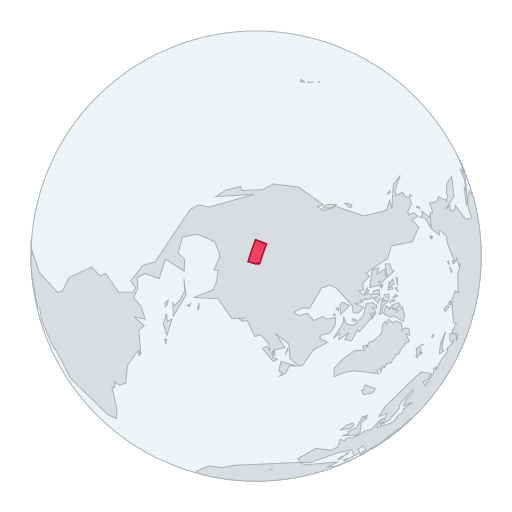 the Earth from above Kansas, rotated 108°
{"feature_id": "USA-3530", "entity_name": "Kansas", "entity_type": "State", "adm_level": 1, "iso_a3": "USA", "parent_name": "United States of America", "parent_adm1": "", "projection": "orthographic", "projection_center": [-97.125, 38.5], "detail": "fine", "context": "on_globe", "style": "filled", "palette": "rose", "viewbox_px": 512, "rotation_deg": 108, "n_neighbors": 0, "source": "natural_earth", "source_scale": "10m", "svg_char_len": 11135}
<svg xmlns="http://www.w3.org/2000/svg" viewBox="0 0 512 512"><g transform="rotate(108 256 256)"><circle cx="256" cy="256" r="225" fill="#eef3f6" stroke="#a8b0b8"/><path d="M310.0,474.7L310.6,474.6L316.1,473.0L312.6,473.8L324.8,469.2L319.6,471.0L327.7,465.0L338.4,457.2L352.1,433.2L349.1,429.3L334.5,427.2L317.3,409.0L323.1,397.9L318.8,393.9L332.9,375.7L328.4,361.7L323.2,360.7L318.5,367.4L300.1,361.0L292.7,350.0L232.2,333.0L225.2,326.3L223.9,315.5L197.9,276.7L211.9,312.5L202.8,305.2L194.6,292.1L198.0,289.5L190.9,270.2L182.1,261.7L177.3,237.0L186.5,207.5L190.1,213.1L191.9,205.8L187.5,198.7L184.2,195.8L184.5,165.5L172.0,145.8L161.9,146.3L169.0,141.5L145.5,147.5L134.7,143.7L150.8,144.1L155.4,141.3L150.0,136.4L153.6,132.5L153.0,128.2L157.8,124.2L166.8,125.4L170.0,123.0L166.0,119.8L168.3,114.2L173.6,119.2L178.1,110.1L194.0,111.7L204.5,130.5L217.2,130.0L238.3,146.1L240.3,141.9L249.5,146.1L255.2,143.1L257.5,147.5L260.1,141.4L256.9,138.0L256.9,134.3L260.0,132.4L263.5,137.4L262.4,139.1L265.0,139.7L265.5,143.1L267.0,140.3L270.8,147.0L271.6,137.7L278.5,140.8L279.8,146.1L273.6,148.9L261.5,170.1L260.9,177.2L266.3,183.9L289.0,188.8L290.9,195.7L297.8,202.5L299.5,196.8L294.7,189.6L299.7,181.3L293.2,174.0L294.3,169.8L290.1,161.5L297.2,159.3L306.4,161.9L310.2,168.9L314.4,170.5L316.0,161.3L328.2,172.7L345.0,177.6L347.5,181.3L342.9,192.0L329.6,197.6L323.6,213.7L334.1,200.1L340.1,210.3L343.8,210.9L347.3,208.8L347.6,203.8L351.0,206.9L342.0,221.0L338.7,218.3L341.6,213.7L335.4,216.7L329.4,227.2L332.9,232.1L320.0,244.5L322.3,248.3L320.8,253.5L318.0,246.4L322.9,259.7L308.3,279.2L314.7,302.4L301.3,286.2L292.2,285.6L281.5,287.6L282.4,291.5L267.2,290.2L255.1,299.4L253.3,318.3L260.6,331.8L277.2,331.0L281.1,322.8L292.6,319.7L286.9,341.2L307.5,341.0L306.9,356.0L313.3,362.3L323.0,358.4L333.2,359.6L339.6,349.5L350.3,341.8L351.5,353.3L356.6,340.8L363.1,344.4L383.7,335.8L382.4,339.1L400.0,344.5L417.1,340.6L421.1,346.0L419.2,352.0L424.7,349.6L424.8,352.6L445.0,340.8L453.8,338.6L452.5,348.6L443.0,367.3L429.6,394.3L411.3,412.9L403.4,422.5L383.5,439.8L372.9,445.2L372.6,447.3L364.0,452.6L356.1,456.3L352.0,459.0L346.0,461.5L348.0,461.2L334.5,467.1L334.0,467.3L310.0,474.7ZM74.2,268.0L75.4,263.2L76.5,267.8L74.2,268.0ZM74.8,259.3L74.7,261.1L74.5,259.3L74.8,259.3ZM73.9,257.3L74.6,258.7L73.6,257.6L73.9,257.3ZM72.4,255.3L73.3,256.2L73.1,256.3L72.4,255.3ZM314.9,310.5L338.4,316.0L326.3,320.6L328.3,318.0L322.1,314.8L311.0,313.0L300.0,317.5L314.9,310.5ZM70.8,250.7L70.5,249.4L71.4,249.8L70.8,250.7ZM322.6,295.5L318.6,295.5L322.4,294.5L322.6,295.5ZM182.1,195.3L187.0,199.0L189.7,207.2L185.2,204.4L182.1,195.3ZM177.7,180.5L181.0,180.8L178.6,188.0L177.5,185.5L177.7,180.5ZM153.8,147.8L157.1,150.2L152.6,149.3L153.8,147.8ZM152.1,128.3L150.0,128.9L150.6,126.4L152.1,128.3ZM286.5,163.3L288.3,162.4L288.1,164.4L286.5,163.3ZM283.0,160.7L281.6,163.6L279.7,162.8L280.6,161.0L283.0,160.7ZM158.4,118.2L160.0,114.3L160.0,118.4L158.4,118.2ZM285.2,157.3L276.5,161.1L273.3,159.7L274.0,151.8L285.2,157.3ZM162.0,112.1L165.8,103.1L161.5,103.6L175.8,97.7L167.8,107.0L168.4,111.9L165.4,110.3L162.0,112.1ZM254.5,137.8L258.1,141.3L252.3,140.3L254.5,137.8ZM250.8,138.1L233.0,141.2L229.3,135.5L236.0,135.4L229.0,129.8L235.9,125.4L241.4,127.5L242.4,132.0L244.3,127.0L250.8,138.1ZM183.1,96.1L185.3,94.3L184.7,96.5L183.1,96.1ZM256.5,132.8L253.2,133.7L249.8,128.8L255.7,125.9L254.9,128.4L256.5,132.8ZM223.7,130.7L222.2,126.7L227.4,122.0L227.6,119.9L235.8,124.8L223.7,130.7ZM257.3,128.6L258.8,124.7L263.2,125.4L259.5,131.5L257.3,128.6ZM246.4,128.7L245.1,126.3L247.7,126.7L246.4,128.7ZM279.7,126.2L275.9,127.2L273.7,124.6L279.7,126.2ZM259.1,123.2L257.6,123.0L256.3,122.2L258.2,119.9L259.1,123.2ZM238.9,121.3L241.4,120.3L235.8,119.0L239.5,115.7L244.3,119.7L243.8,116.6L244.9,115.6L247.6,120.1L238.9,121.3ZM256.3,115.3L263.7,119.7L271.3,118.4L273.4,120.6L260.8,122.4L256.3,115.3ZM251.0,117.7L254.8,116.6L255.4,119.7L253.3,122.3L251.0,117.7ZM240.2,112.1L233.3,116.1L232.5,115.2L240.2,112.1ZM258.4,114.2L256.6,113.2L258.9,113.8L258.4,114.2ZM245.7,112.0L243.4,113.5L242.5,112.3L245.7,112.0ZM254.9,110.1L257.2,111.4L255.8,113.2L254.9,110.1ZM250.5,110.4L249.9,108.5L253.9,113.0L249.6,111.3L250.5,110.4ZM245.2,110.7L244.0,110.5L246.3,110.2L245.2,110.7ZM258.8,103.0L264.2,108.2L261.1,111.9L256.3,106.3L258.8,103.0ZM401.4,84.0L404.5,86.6L401.4,84.5L383.0,70.1L374.0,64.1L388.1,73.5L401.4,84.0ZM366.4,59.6L370.5,62.5L361.7,57.8L371.6,63.6L371.4,63.0L377.5,66.9L378.1,67.8L375.0,65.9L378.2,68.8L392.2,77.8L393.6,78.1L405.3,89.0L408.6,90.8L413.6,95.6L409.8,94.3L406.3,91.7L403.5,95.8L408.3,99.3L411.2,96.0L412.6,98.2L419.2,103.9L415.3,101.4L410.8,105.1L417.9,117.4L436.0,140.9L438.3,149.0L436.1,153.7L420.6,139.8L417.2,123.4L411.6,119.1L404.6,119.5L404.2,114.8L400.9,113.2L398.9,107.5L388.4,97.8L385.2,92.3L373.8,87.4L370.6,84.2L378.3,87.8L381.9,87.8L373.0,75.8L369.1,73.2L362.4,71.2L360.8,68.5L355.5,68.2L346.8,61.9L352.9,69.5L345.2,68.3L335.9,64.3L334.5,65.5L349.5,72.2L354.5,73.7L357.1,72.6L371.6,79.1L376.3,83.6L365.2,82.7L370.5,89.4L359.5,86.5L325.7,69.1L315.3,63.0L313.6,53.1L320.2,54.2L324.1,58.2L327.3,54.7L323.8,54.9L322.4,52.9L314.7,52.0L313.4,50.6L308.3,52.3L305.8,50.5L309.1,49.5L295.6,47.4L288.5,44.4L286.1,44.7L285.5,45.8L276.9,41.7L275.4,42.2L277.7,43.6L276.4,45.5L270.7,47.5L268.0,46.0L269.7,45.0L269.3,41.1L274.2,39.4L272.5,39.0L267.6,40.2L268.2,44.9L265.5,46.6L264.3,44.1L264.5,45.1L262.3,45.5L257.7,44.7L258.6,47.4L238.4,55.9L227.4,55.7L228.6,52.2L211.6,58.4L200.6,58.9L202.7,60.0L196.0,64.6L199.4,64.4L199.9,65.4L184.3,78.4L178.6,80.7L174.3,88.8L175.4,89.6L179.4,88.2L175.8,97.7L161.5,103.6L159.7,101.5L151.9,107.1L149.0,101.8L143.1,100.4L144.4,92.1L139.6,92.2L137.1,94.5L128.6,96.8L119.8,94.5L137.9,86.1L153.3,90.1L148.0,87.3L152.4,85.1L152.5,82.5L148.5,81.1L146.0,82.6L156.3,68.0L153.1,62.5L145.4,68.4L138.4,71.8L128.0,73.4L132.9,67.3L146.9,58.9L161.5,51.5L176.6,45.2L192.1,40.0L208.0,35.9L224.1,33.0L240.4,31.3L256.7,30.7L273.1,31.4L289.4,33.2L305.4,36.2L321.3,40.4L336.7,45.7L351.8,52.1L366.4,59.6ZM479.7,229.5L480.6,244.7L479.0,246.1L470.2,235.9L467.5,222.1L462.0,212.5L438.8,150.6L439.5,144.5L427.6,117.1L427.1,115.1L434.6,123.0L430.6,113.6L422.1,103.9L420.1,101.6L430.6,113.6L440.2,126.3L448.9,139.7L456.7,153.6L463.4,168.0L469.1,182.9L473.7,198.2L477.3,213.7L479.7,229.5ZM453.3,174.3L455.5,177.5L453.3,174.3ZM336.0,45.4L336.6,45.6L338.5,46.4L336.0,45.4ZM384.3,335.3L387.0,336.5L383.8,338.0L384.3,335.3ZM325.2,326.0L329.9,325.2L332.6,326.5L329.1,328.0L325.2,326.0ZM362.9,315.1L367.9,314.4L363.0,317.3L362.9,315.1ZM341.9,316.5L358.9,316.2L349.2,323.1L338.4,323.3L345.5,320.2L341.9,316.5ZM321.7,303.5L324.8,303.7L324.3,306.3L321.7,303.5ZM325.3,294.8L324.2,295.3L322.4,293.7L325.3,294.8ZM340.6,209.5L341.4,208.5L345.3,207.3L344.1,209.8L340.6,209.5ZM358.4,191.5L363.5,197.0L359.1,194.6L358.5,198.8L348.4,199.6L348.2,183.2L350.1,190.3L358.4,191.5ZM334.8,196.7L341.3,197.6L334.2,197.3L334.8,196.7ZM384.8,112.0L386.6,110.3L391.1,113.3L395.1,121.7L388.7,117.3L384.8,112.0ZM388.1,107.4L376.0,105.0L373.0,100.2L376.7,103.2L375.9,100.3L381.8,104.4L390.8,102.7L395.3,105.3L400.3,118.5L396.2,112.5L394.6,114.3L388.1,107.4ZM350.2,112.3L344.9,112.6L345.2,101.6L350.1,102.7L354.5,110.7L351.2,114.2L350.2,112.3ZM288.2,143.1L286.2,144.8L285.2,143.3L286.2,140.6L288.2,143.1ZM278.1,126.9L296.2,134.3L294.8,136.5L307.1,138.9L308.1,145.8L300.1,143.9L310.1,151.4L303.3,152.5L310.5,157.0L292.5,152.1L286.8,153.9L292.8,149.2L292.0,142.7L290.0,140.4L279.8,135.4L267.1,136.4L264.3,130.6L265.7,126.2L268.3,125.0L269.3,129.1L272.1,124.7L275.6,129.7L278.1,126.9ZM283.7,85.3L283.8,89.3L290.0,83.6L293.5,87.6L294.0,86.7L298.9,89.0L305.7,90.4L306.4,92.6L308.8,92.3L312.1,94.0L315.6,94.3L318.1,98.5L322.5,99.4L321.2,100.9L328.2,101.4L324.1,103.0L328.0,105.7L329.9,102.7L334.8,127.1L340.0,136.9L346.6,144.5L338.6,146.9L327.4,141.7L315.7,133.1L311.9,123.7L309.0,126.8L306.3,123.3L309.7,122.3L302.8,121.8L301.5,118.8L291.1,112.7L282.0,114.5L278.0,112.6L280.9,110.4L274.9,110.1L277.6,104.7L274.8,103.3L274.7,96.9L282.0,93.9L278.3,92.6L278.0,88.1L283.7,85.3ZM259.1,101.1L266.9,96.0L272.7,95.8L270.4,107.1L272.6,109.1L271.3,116.9L263.0,117.1L264.1,114.8L263.3,112.7L266.2,113.4L263.2,111.2L264.7,108.1L262.8,105.6L265.8,104.5L259.1,101.1ZM422.8,110.0L421.8,108.0L419.3,104.5L423.4,108.3L422.8,110.0ZM420.1,112.5L418.6,110.2L423.2,113.2L424.3,115.5L420.1,112.5ZM413.9,106.6L418.2,109.8L416.5,109.4L413.9,106.6ZM376.5,85.8L374.4,83.5L375.7,83.7L378.6,85.3L376.5,85.8ZM302.9,71.2L302.0,73.0L300.4,72.7L294.6,75.0L291.5,72.4L293.9,70.1L302.9,71.2ZM413.1,94.8L410.2,91.8L414.2,95.8L413.1,94.8ZM298.6,68.8L296.5,70.0L296.3,68.1L298.6,68.8ZM289.0,70.8L288.0,68.6L290.5,72.4L289.0,70.8ZM269.6,52.5L281.2,51.7L287.5,50.3L287.8,47.7L292.3,51.4L282.5,53.5L269.6,52.5ZM242.6,55.5L242.3,58.3L239.1,57.7L238.7,57.0L242.6,55.5ZM244.7,56.7L250.5,58.9L248.3,61.0L244.1,58.7L244.7,56.7ZM274.9,62.7L278.6,62.5L278.7,64.0L274.9,62.7ZM110.9,83.7L111.3,83.3L108.3,86.2L112.5,83.3L111.9,84.5L106.3,88.6L100.8,92.7L102.9,90.8L110.9,83.7ZM114.5,82.0L120.6,79.7L113.3,86.3L110.3,88.3L110.6,86.4L114.4,83.0L114.5,82.0ZM120.0,81.2L123.8,78.1L140.8,71.2L142.6,71.6L125.7,79.5L128.4,77.0L125.5,77.8L120.0,81.2ZM183.4,93.8L185.1,94.3L182.6,95.2L183.4,93.8ZM201.9,65.2L202.2,66.7L199.2,67.4L201.9,65.2ZM201.4,71.3L204.5,69.4L202.3,72.0L201.4,71.3ZM211.4,65.3L206.3,69.0L209.6,64.6L211.4,65.3Z" fill="#d9dde1" stroke="#a8b0b8" stroke-width="1"/><path d="M240.6,261.5L240.6,261.1L240.6,260.7L240.6,260.4L240.7,260.0L240.7,259.6L240.7,259.3L240.7,258.9L240.7,258.5L240.7,258.2L240.8,257.8L240.8,257.4L240.8,257.1L240.8,256.7L240.8,256.3L240.9,256.0L240.9,255.6L240.9,255.2L240.9,254.9L240.9,254.5L241.0,254.1L241.0,253.8L241.0,253.4L241.0,253.0L241.0,252.7L241.0,252.3L241.1,251.9L241.1,251.5L241.1,251.2L241.1,250.8L241.1,250.4L241.2,250.1L241.2,249.7L241.9,249.7L242.5,249.8L243.1,249.8L243.8,249.8L244.4,249.9L245.0,249.9L245.7,249.9L246.3,249.9L246.9,250.0L247.6,250.0L248.2,250.0L248.8,250.0L249.5,250.0L250.1,250.0L250.7,250.1L251.3,250.1L252.0,250.1L252.6,250.1L253.2,250.1L253.9,250.1L254.5,250.1L255.1,250.1L255.8,250.1L256.4,250.1L257.0,250.1L257.7,250.1L258.3,250.1L258.9,250.1L259.6,250.1L260.2,250.1L260.8,250.1L261.4,250.0L261.6,250.2L261.7,250.3L261.8,250.3L262.0,250.4L262.0,250.5L262.3,250.5L262.4,250.4L262.5,250.4L262.6,250.5L262.8,250.7L262.8,250.8L262.8,251.0L262.7,251.1L262.4,251.3L262.3,251.5L262.2,251.7L262.1,251.8L262.3,252.0L262.5,252.2L262.6,252.3L262.8,252.4L262.7,252.5L262.8,252.7L262.8,252.8L263.0,252.9L263.0,253.0L263.3,253.3L263.5,253.3L263.6,253.5L263.7,253.8L263.7,254.3L263.7,254.8L263.7,255.3L263.7,255.8L263.7,256.3L263.7,256.8L263.7,257.3L263.8,257.8L263.8,258.3L263.8,258.8L263.8,259.3L263.8,259.8L263.8,260.3L263.8,260.8L263.9,261.3L263.9,261.8L263.1,261.8L262.4,261.8L261.7,261.8L261.0,261.9L260.2,261.9L259.5,261.9L258.8,261.9L258.1,261.9L257.3,261.9L256.6,261.9L255.9,261.9L255.2,261.9L254.4,261.9L253.7,261.9L253.0,261.9L252.3,261.9L251.5,261.9L250.8,261.9L250.1,261.8L249.4,261.8L248.6,261.8L247.9,261.8L247.2,261.8L246.5,261.7L245.7,261.7L245.0,261.7L244.3,261.7L243.6,261.6L242.8,261.6L242.1,261.6L241.4,261.5L240.6,261.5Z" fill="#f43f5e" stroke="#9f1239" stroke-width="1.5"/></g></svg>